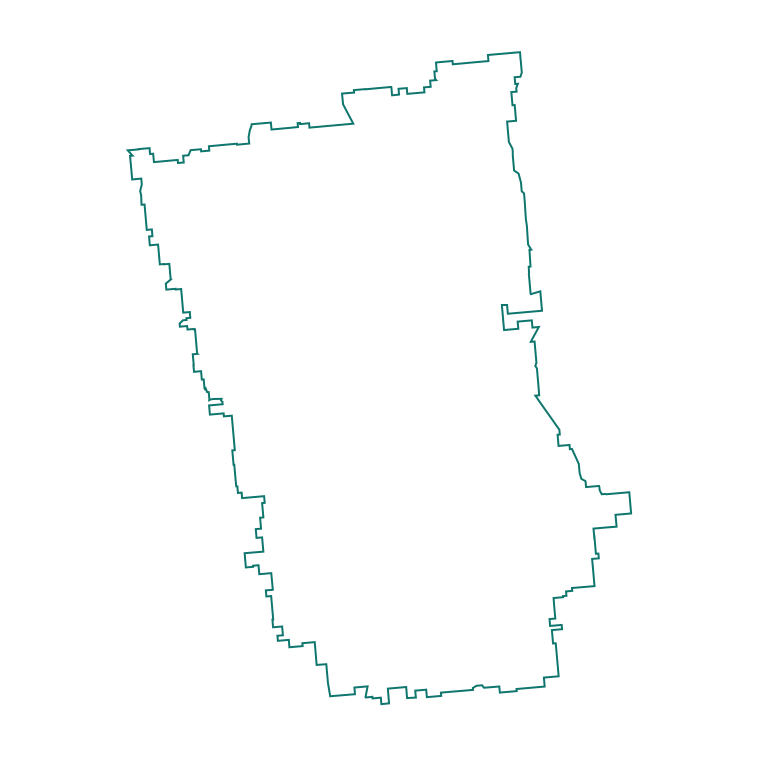 Narrogin, Western Australia, Australia, rotated 85°
{"feature_id": "25037944B27145137337674", "entity_name": "Narrogin", "entity_type": "district", "adm_level": 2, "iso_a3": "AUS", "parent_name": "Australia", "parent_adm1": "Western Australia", "projection": "albers", "projection_center": [117.255, -32.997], "detail": "fine", "context": "isolated", "style": "outline", "palette": "teal", "viewbox_px": 768, "rotation_deg": 85, "n_neighbors": 0, "source": "geoboundaries", "source_scale": "gbopen_adm2", "svg_char_len": 4980}
<svg xmlns="http://www.w3.org/2000/svg" viewBox="0 0 768 768"><g transform="rotate(85 384 384)"><path d="M65.3,219.6L65.3,224.4L65.3,242.4L65.3,251.8L71.4,251.8L71.4,261.3L71.4,265.1L71.5,287.6L68.2,287.6L68.2,298.7L68.2,301.5L68.3,304.2L77.0,304.2L77.0,306.6L84.3,306.6L85.8,305.5L85.8,311.6L92.0,311.6L92.0,318.3L97.0,318.3L97.0,335.5L91.2,335.5L91.2,343.8L97.0,343.8L97.1,350.8L88.8,350.8L88.7,350.9L88.8,376.7L88.6,376.7L88.6,388.4L91.1,388.4L91.0,400.5L102.0,400.4L102.3,400.2L112.3,396.0L122.0,391.9L122.1,435.9L117.7,435.9L117.8,444.9L116.6,444.9L116.6,447.3L120.5,447.3L120.6,453.9L120.7,473.9L113.7,473.9L113.7,493.2L115.4,493.6L119.7,495.6L126.4,497.4L132.7,497.3L132.8,509.6L131.8,509.6L131.8,520.0L131.9,537.7L136.3,537.7L136.3,545.9L134.2,545.9L134.2,556.1L134.2,556.3L139.1,558.8L139.1,564.2L145.9,564.2L145.9,570.0L142.8,570.0L142.9,593.8L134.5,593.9L134.5,597.0L128.6,597.0L128.6,608.0L128.9,608.0L128.9,618.9L134.6,614.6L134.6,617.1L158.3,617.0L158.3,616.7L158.2,607.9L161.5,607.9L164.2,607.9L170.5,610.1L174.9,609.5L184.3,609.9L184.3,606.9L188.9,606.9L200.3,606.9L202.1,606.9L209.8,606.9L209.8,602.0L209.8,601.8L210.0,601.8L216.6,601.8L216.5,605.2L225.4,605.2L225.4,601.0L225.4,600.8L225.4,596.9L245.3,596.9L245.3,592.8L245.6,592.8L245.6,587.4L261.1,587.4L261.2,587.2L265.0,592.6L271.0,592.6L271.0,583.3L271.7,583.3L271.7,577.8L286.6,577.8L295.4,577.8L295.4,571.2L300.1,571.2L301.2,571.2L301.2,575.1L303.0,575.1L303.0,578.7L305.9,582.3L309.1,582.3L309.1,575.1L312.6,575.0L312.6,568.1L313.4,568.1L313.4,567.5L337.5,567.5L337.7,567.3L337.7,571.9L348.7,571.9L348.7,572.2L355.3,572.2L355.3,565.1L363.7,565.1L363.7,563.2L364.1,563.2L370.0,563.2L372.9,563.2L373.7,562.7L372.9,562.0L376.7,560.9L376.8,559.3L383.8,559.3L384.0,559.3L384.8,559.5L384.4,558.4L384.2,557.3L384.1,556.2L384.1,555.2L384.6,547.1L384.9,547.2L386.0,547.8L387.4,547.0L387.7,546.5L390.1,546.5L390.1,560.1L399.3,560.1L399.3,546.3L402.3,546.3L402.3,538.4L424.4,538.4L436.9,538.4L436.9,540.9L451.4,540.9L451.4,540.2L466.4,540.2L473.1,540.1L473.2,539.0L479.8,539.0L479.8,535.3L485.3,535.3L485.3,524.5L485.3,513.2L492.0,513.2L492.0,515.8L506.4,515.8L506.4,519.1L517.4,519.1L517.4,524.4L526.2,524.4L526.2,518.8L540.5,518.8L540.4,535.6L540.4,537.6L554.7,537.6L554.7,536.9L554.7,530.3L553.6,530.3L553.6,524.8L562.6,524.8L562.6,512.8L579.1,512.7L579.3,512.7L579.3,519.7L585.4,519.7L585.4,514.9L609.0,514.9L609.0,515.7L616.7,515.7L616.7,506.6L621.1,506.6L625.5,506.6L625.5,512.1L630.6,512.1L630.6,501.1L638.0,501.2L638.0,487.9L635.1,487.9L635.1,487.7L635.1,475.5L658.0,475.6L658.1,465.9L676.8,465.9L690.4,464.8L690.4,459.0L690.5,440.0L683.8,439.9L683.8,426.7L694.3,429.7L694.7,429.5L694.6,422.8L696.2,422.8L696.2,414.5L702.7,414.5L702.6,407.9L702.6,406.8L687.8,406.7L687.8,403.2L687.8,400.2L687.8,397.2L687.8,390.8L687.8,388.3L696.6,388.4L698.9,388.4L699.0,383.8L699.2,379.6L692.2,379.6L692.2,368.6L695.7,368.6L699.7,368.6L699.7,354.2L696.4,354.2L696.5,322.0L694.6,322.0L694.0,320.7L692.7,318.3L692.7,312.5L694.6,311.3L694.9,311.0L695.3,310.8L695.4,295.5L701.5,295.5L701.5,278.6L699.4,278.6L699.4,265.3L699.4,265.1L699.4,250.3L690.4,250.3L690.4,235.5L672.8,235.5L657.4,235.5L657.2,235.6L657.2,238.2L643.8,238.2L643.8,228.0L639.5,228.0L639.5,239.6L632.6,239.6L632.6,233.8L627.5,233.8L619.1,233.8L612.0,233.7L612.0,224.2L610.9,224.2L610.9,220.7L606.5,220.7L606.5,214.5L603.6,214.5L603.7,191.9L592.8,191.9L576.7,191.9L576.4,191.9L576.4,185.2L571.6,185.2L571.6,187.7L567.2,187.7L558.4,187.7L555.0,187.7L555.2,187.9L546.3,187.9L546.3,174.7L546.4,164.7L534.5,164.8L534.5,164.5L534.5,149.1L526.6,149.1L513.2,149.1L513.2,155.3L513.2,158.2L513.2,164.7L513.2,170.3L513.2,172.4L513.0,172.6L512.8,173.6L512.8,176.7L508.6,178.4L505.6,178.4L504.3,178.7L504.3,191.7L498.7,191.7L498.3,191.8L495.6,195.7L489.5,196.9L487.9,196.9L481.6,196.9L480.5,196.9L479.6,197.3L476.6,198.3L465.1,202.4L465.1,204.5L460.9,204.5L460.9,215.5L449.7,215.5L449.7,213.3L444.8,213.3L440.9,215.6L435.7,218.6L422.0,226.6L418.7,228.5L408.8,234.2L408.8,233.9L408.8,230.4L398.1,230.3L387.2,230.3L381.7,230.3L379.3,231.7L376.1,230.3L354.8,230.3L354.8,234.1L354.6,234.0L340.7,224.8L340.7,231.2L333.5,231.2L333.5,245.4L340.7,245.4L340.7,259.7L337.1,259.7L315.6,259.7L316.0,254.5L324.8,254.5L324.8,231.2L324.8,229.7L324.8,220.2L305.3,220.2L307.2,229.3L307.7,230.4L307.3,230.1L299.7,230.1L295.9,230.1L295.5,230.1L295.2,230.1L286.8,230.1L285.8,229.8L285.6,229.8L279.8,229.6L279.8,227.8L263.0,227.4L263.0,225.6L258.4,227.9L257.8,228.2L257.6,228.3L239.1,227.9L235.5,228.1L232.0,228.3L231.9,228.3L223.1,228.1L214.4,227.9L206.4,227.9L206.2,228.0L204.0,230.0L195.2,230.0L186.1,231.6L182.7,235.8L175.3,235.8L168.0,235.8L164.0,235.5L160.8,235.5L153.8,238.5L144.5,238.5L133.5,238.5L133.3,238.5L133.3,229.5L117.5,229.5L117.5,231.7L104.3,231.7L104.3,226.4L100.8,226.5L96.8,224.6L96.6,224.5L96.6,227.1L89.8,227.1L89.8,221.3L87.9,220.5L86.6,219.9L85.5,219.6L83.2,219.6L71.3,219.6L70.6,219.8L70.2,219.6L65.3,219.6Z" fill="none" stroke="#0f766e" stroke-width="2"/></g></svg>